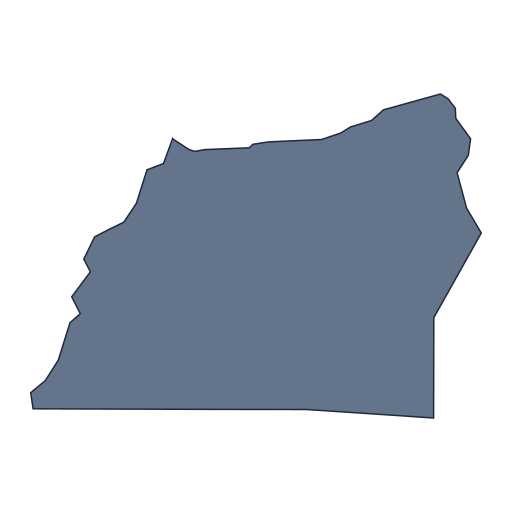 Washington, North Carolina, United States of America
{"feature_id": "52423323B84884093129235", "entity_name": "Washington", "entity_type": "district", "adm_level": 2, "iso_a3": "USA", "parent_name": "United States of America", "parent_adm1": "North Carolina", "projection": "natural_earth1", "projection_center": [-76.611, 35.841], "detail": "fine", "context": "isolated", "style": "filled", "palette": "slate", "viewbox_px": 512, "rotation_deg": 0, "n_neighbors": 0, "source": "geoboundaries", "source_scale": "gbopen_adm2", "svg_char_len": 647}
<svg xmlns="http://www.w3.org/2000/svg" viewBox="0 0 512 512"><path d="M30.7,392.7L33.1,408.8L221.7,409.4L222.2,409.4L223.2,409.4L306.1,409.5L433.6,418.0L433.8,317.7L481.3,233.0L466.6,208.2L457.1,172.7L468.3,155.4L470.6,138.8L455.8,118.4L455.3,108.3L448.1,98.8L440.4,94.0L383.5,109.8L371.5,120.5L350.4,127.0L340.8,133.0L321.6,139.5L268.3,141.9L252.9,144.3L249.1,147.8L204.4,149.6L194.8,151.4L189.1,149.6L172.7,138.9L172.6,138.7L163.5,163.5L147.0,169.8L136.4,203.3L123.8,222.2L109.9,228.9L94.6,236.9L83.8,259.2L90.4,271.8L71.7,296.8L80.3,313.7L70.0,322.7L58.3,360.1L45.3,380.6L30.7,392.7Z" fill="#64748b" stroke="#1e293b" stroke-width="1.5"/></svg>